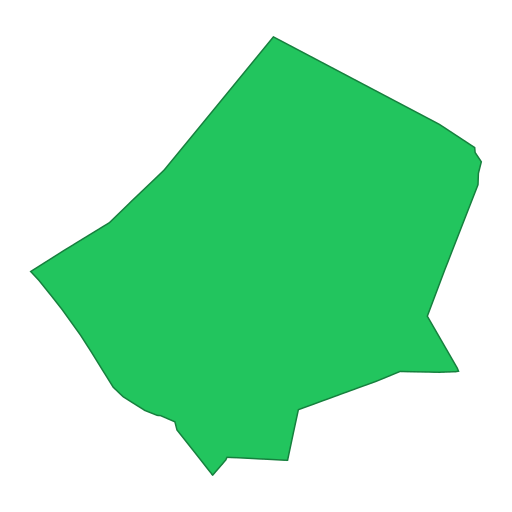 outline of Kebkabiya, North Darfur, Sudan
{"feature_id": "16777658B23897511285986", "entity_name": "Kebkabiya", "entity_type": "district", "adm_level": 2, "iso_a3": "SDN", "parent_name": "Sudan", "parent_adm1": "North Darfur", "projection": "robinson", "projection_center": [24.187, 13.614], "detail": "fine", "context": "isolated", "style": "filled", "palette": "green", "viewbox_px": 512, "rotation_deg": 0, "n_neighbors": 0, "source": "geoboundaries", "source_scale": "gbopen_adm2", "svg_char_len": 3078}
<svg xmlns="http://www.w3.org/2000/svg" viewBox="0 0 512 512"><path d="M474.7,147.6L439.4,124.4L273.4,36.9L239.3,78.5L201.5,124.6L164.1,170.1L149.8,183.8L131.8,200.9L130.4,202.3L125.5,207.1L109.5,222.6L107.1,224.1L106.8,224.3L104.1,225.9L77.6,242.1L69.7,247.0L66.7,248.8L66.2,249.1L63.6,250.7L46.2,261.7L30.7,271.5L38.8,280.2L49.7,293.8L50.4,294.6L62.1,309.5L80.5,335.1L88.0,346.8L88.8,348.0L91.6,352.4L97.6,362.1L102.6,370.2L105.0,374.0L113.2,387.2L113.4,387.4L113.7,387.7L113.9,387.8L114.0,388.0L114.3,388.2L114.6,388.6L116.3,390.1L118.3,392.1L122.7,396.3L123.4,396.9L126.9,399.1L132.7,402.8L134.2,403.7L138.1,406.2L139.8,407.2L139.9,407.3L143.1,409.3L144.1,410.0L144.6,410.3L144.9,410.5L145.1,410.5L145.8,410.8L146.0,410.9L153.8,414.0L154.3,414.2L155.0,414.5L156.1,414.9L156.9,415.2L157.0,415.3L157.3,415.4L157.6,415.4L157.9,415.4L158.5,415.5L159.2,415.5L160.4,415.6L160.7,415.7L160.9,415.7L161.1,415.8L161.3,415.9L161.6,416.0L161.9,416.2L162.3,416.4L163.4,416.8L164.0,417.1L164.8,417.4L164.9,417.5L165.1,417.6L165.3,417.6L165.5,417.7L165.7,417.8L166.4,418.1L168.1,418.9L168.4,419.0L170.5,419.9L171.9,420.5L174.6,421.7L174.9,421.8L177.0,430.0L188.5,444.5L199.5,458.4L200.6,459.8L206.6,467.5L207.7,468.9L210.0,471.8L211.1,473.1L211.6,473.9L211.9,474.2L211.9,474.3L212.1,474.4L212.2,474.6L212.4,474.9L212.6,475.1L212.8,475.0L212.9,474.9L213.1,474.7L213.4,474.3L213.5,474.1L213.8,473.9L213.9,473.7L214.1,473.5L214.3,473.3L214.6,472.9L215.0,472.5L215.1,472.3L215.3,472.1L215.4,471.9L215.6,471.7L216.2,471.0L216.4,470.9L216.8,470.4L217.1,470.0L219.3,467.5L219.7,467.0L220.2,466.4L220.3,466.3L220.8,465.7L221.2,465.3L221.4,465.0L221.6,464.8L222.3,464.1L222.4,463.9L222.6,463.7L223.1,463.1L223.5,462.6L225.2,460.6L225.4,460.4L225.7,460.1L227.0,457.3L231.4,457.5L234.0,457.6L237.5,457.7L241.2,457.9L252.7,458.5L261.4,459.0L265.0,459.1L265.4,459.2L266.5,459.2L283.0,460.1L284.5,460.2L286.3,460.2L286.7,460.3L286.8,460.3L287.0,460.3L287.6,460.2L287.7,459.5L287.9,458.8L288.0,457.9L288.2,457.4L288.7,454.9L290.1,448.3L292.9,435.1L293.2,433.6L296.7,417.4L296.9,416.5L297.6,413.2L297.7,412.8L298.1,410.9L298.2,410.2L298.4,409.7L298.5,409.6L298.8,409.5L299.5,409.3L299.9,409.1L301.9,408.4L302.9,408.0L314.3,403.9L315.0,403.6L316.4,403.1L323.1,400.6L327.1,399.2L330.9,397.8L336.0,395.9L337.3,395.5L339.5,394.6L345.0,392.6L346.0,392.3L346.5,392.1L347.6,391.7L348.7,391.3L349.2,391.1L351.3,390.3L351.7,390.2L353.3,389.6L354.0,389.4L355.0,389.0L356.8,388.3L360.1,387.1L376.2,381.3L400.2,371.4L401.1,371.5L402.9,371.5L405.9,371.6L416.1,371.8L422.6,371.9L426.3,372.0L428.6,372.0L429.0,372.0L434.8,372.2L436.0,372.2L437.0,372.2L437.4,372.2L438.2,372.2L439.0,372.3L441.8,372.1L442.2,372.1L442.8,372.1L444.2,372.1L445.0,372.0L446.0,372.0L448.6,371.9L449.1,371.9L450.2,371.9L450.6,371.8L451.1,371.8L451.4,371.8L452.1,371.8L453.1,371.7L454.9,371.7L455.3,371.7L455.5,371.7L455.8,371.7L456.1,371.6L458.5,371.2L457.3,368.2L427.3,316.2L444.8,269.7L447.9,261.9L452.1,251.0L477.8,185.2L478.0,184.5L478.4,173.3L481.3,161.8L475.1,152.5L474.7,147.6Z" fill="#22c55e" stroke="#15803d" stroke-width="1.5"/></svg>